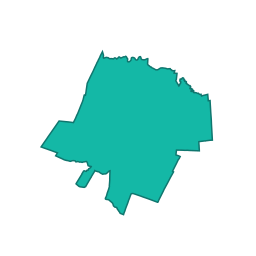 Morteni, Dâmbovita, Romania, rotated 334°
{"feature_id": "2599482B842172523344", "entity_name": "Morteni", "entity_type": "district", "adm_level": 2, "iso_a3": "ROU", "parent_name": "Romania", "parent_adm1": "Dâmbovita", "projection": "natural_earth1", "projection_center": [25.227, 44.65], "detail": "fine", "context": "isolated", "style": "filled", "palette": "teal", "viewbox_px": 256, "rotation_deg": 334, "n_neighbors": 0, "source": "geoboundaries", "source_scale": "gbopen_adm2", "svg_char_len": 5571}
<svg xmlns="http://www.w3.org/2000/svg" viewBox="0 0 256 256"><g transform="rotate(334 128 128)"><path d="M82.1,154.2L82.4,154.5L82.7,154.8L83.3,156.0L83.8,156.9L84.3,157.4L84.6,158.0L85.1,158.5L85.7,158.6L86.1,158.7L88.0,159.5L88.9,159.4L92.3,158.4L92.7,158.4L93.1,158.5L90.9,162.6L89.6,165.1L89.4,165.4L89.0,166.3L88.5,167.3L85.9,171.7L85.9,171.8L85.6,172.5L85.1,173.0L84.2,174.1L83.8,174.4L83.3,175.0L80.8,177.4L79.1,179.4L78.1,180.3L77.4,180.8L76.9,181.2L76.6,181.8L76.7,182.1L76.8,182.3L77.5,182.9L79.1,183.9L81.1,188.5L81.1,190.3L81.0,190.7L80.8,191.5L80.9,191.8L81.4,193.2L82.9,194.4L82.8,194.8L83.1,195.5L82.9,196.0L82.9,196.4L83.1,197.4L83.3,198.9L83.5,199.7L83.5,200.2L83.5,200.9L83.7,201.4L86.0,203.9L87.4,202.4L88.6,201.4L90.6,199.3L95.1,195.1L97.1,193.0L98.1,192.2L100.1,190.2L101.9,188.6L102.4,188.6L103.7,189.0L105.6,190.8L109.9,195.1L111.0,196.3L114.2,199.5L116.9,202.3L122.0,207.7L122.2,207.8L122.9,207.4L123.8,206.5L132.2,200.1L133.7,198.8L134.5,198.3L139.4,194.8L144.8,190.8L149.7,187.4L149.1,186.4L151.8,184.3L155.9,181.2L159.2,178.6L159.5,178.4L160.1,178.2L160.9,177.7L162.4,176.5L161.3,175.2L160.2,174.1L159.3,173.3L159.3,173.2L159.9,172.2L161.9,169.1L162.5,169.4L166.8,171.6L169.3,173.0L172.1,174.3L172.8,174.8L182.1,179.8L182.9,178.0L182.9,177.8L183.2,177.2L184.2,174.8L184.4,174.5L184.4,174.2L185.4,171.9L185.6,171.4L185.9,171.4L191.5,173.3L191.9,173.6L192.3,173.6L196.4,175.0L198.5,175.9L204.8,160.9L206.3,157.5L209.4,149.8L210.0,148.4L213.7,139.5L213.8,139.3L212.1,138.7L214.4,132.7L213.5,132.5L212.4,132.3L209.4,131.6L208.2,131.6L208.1,131.4L208.4,129.7L207.8,129.6L207.5,129.4L207.0,129.0L206.8,128.6L206.6,127.9L206.5,127.6L206.1,127.5L205.7,127.4L205.5,127.2L205.2,126.7L204.8,126.3L204.2,125.8L203.0,125.3L202.6,125.0L202.5,124.8L202.6,124.7L203.4,123.6L203.4,123.4L203.1,123.0L202.7,123.1L202.2,123.4L201.6,123.2L200.8,122.8L200.7,122.5L200.8,122.4L201.3,122.1L201.9,121.9L202.1,122.1L202.5,122.0L202.9,121.8L203.0,121.6L202.9,121.4L202.4,120.5L202.1,120.2L201.4,120.3L201.1,120.1L201.0,119.8L201.1,119.5L201.3,119.4L202.3,118.5L202.4,118.4L202.5,118.1L202.4,117.4L202.2,117.0L201.8,117.0L201.6,116.9L201.4,116.2L201.2,115.8L201.1,115.6L200.8,115.1L200.7,114.6L200.4,114.4L200.3,114.1L199.9,113.5L199.9,113.3L199.9,113.2L200.6,112.5L200.7,112.3L200.7,112.0L200.5,111.5L200.3,111.3L199.7,111.2L199.5,110.9L199.8,110.6L200.0,109.9L199.9,109.8L199.5,109.6L199.4,109.5L199.4,109.4L199.8,109.2L199.7,108.4L199.7,108.2L199.8,107.9L199.8,107.6L199.4,107.0L198.9,106.8L198.4,107.0L197.9,107.5L197.4,107.5L197.1,107.5L197.1,107.2L196.8,107.2L196.7,107.0L196.5,106.9L196.3,106.9L195.6,107.7L195.2,108.7L195.3,109.0L195.5,109.2L195.4,109.3L195.6,109.5L195.6,109.8L195.5,110.0L195.1,110.4L194.9,110.8L194.5,110.9L193.9,111.3L193.4,111.5L193.3,111.8L193.0,112.1L192.7,112.3L192.2,112.5L192.2,112.3L191.9,109.1L191.7,106.4L192.7,105.6L196.0,100.4L193.5,98.9L195.2,96.9L194.3,96.6L193.8,96.4L192.7,95.7L192.7,95.0L192.6,94.8L191.9,94.1L192.0,93.3L191.9,93.1L189.4,92.2L188.5,91.3L187.8,90.7L185.4,89.1L183.8,88.4L183.5,88.4L182.9,88.4L180.3,88.7L180.1,88.6L178.6,88.0L176.8,85.4L176.0,84.6L175.7,83.5L175.6,83.4L175.1,83.2L174.3,81.3L174.0,80.9L173.7,80.1L173.6,79.5L173.6,79.3L173.7,79.0L176.2,74.5L176.2,74.3L175.9,74.2L175.4,74.1L173.5,74.1L172.7,73.9L172.1,73.7L170.3,72.4L170.2,72.1L170.2,71.5L170.5,70.2L170.5,69.7L170.4,69.3L170.3,69.2L170.0,69.1L169.4,69.0L168.6,69.3L167.8,69.8L167.3,70.3L166.5,70.8L165.8,70.8L165.5,70.7L165.2,70.5L164.9,70.0L164.7,69.4L164.7,68.8L164.6,68.1L164.5,67.9L163.6,66.9L163.2,66.6L162.5,66.4L162.0,66.4L161.6,66.7L160.6,68.2L159.6,68.7L158.7,68.9L158.4,69.0L158.1,69.0L157.3,68.7L156.8,68.2L156.8,67.8L157.8,66.1L158.0,65.7L158.0,65.3L157.8,64.7L157.6,64.4L157.8,64.0L157.8,63.6L157.7,63.2L157.5,62.7L157.3,62.5L156.3,62.6L156.1,62.6L155.3,62.1L153.0,62.0L152.4,62.0L152.1,61.9L151.5,60.5L151.1,60.2L150.7,60.2L149.3,60.8L148.3,61.0L148.1,61.0L147.8,60.2L147.1,59.3L146.4,59.1L146.2,59.2L145.5,59.5L145.2,59.5L143.8,58.5L142.2,57.8L141.8,57.5L141.4,57.0L141.0,56.1L140.4,55.7L139.5,55.0L138.6,54.8L137.0,54.7L136.8,54.6L136.7,54.3L136.6,54.1L137.8,52.0L138.0,51.3L138.4,48.8L138.5,48.2L135.0,50.8L133.2,52.4L131.1,53.9L129.8,55.1L129.1,55.4L127.2,57.1L126.5,57.5L125.9,58.2L125.3,58.5L121.5,61.7L117.3,64.9L111.8,69.3L111.0,69.9L107.3,75.3L106.0,77.3L104.1,79.9L103.6,79.4L103.3,79.2L103.1,79.2L100.2,82.7L98.7,84.3L96.1,86.6L90.3,91.9L88.1,93.8L87.9,93.8L85.2,96.2L81.3,99.2L77.7,96.8L69.1,91.5L60.7,96.2L52.2,100.9L50.2,102.1L46.9,103.9L41.6,106.9L43.1,108.5L49.8,115.3L51.2,116.8L53.7,119.4L50.8,121.3L53.4,124.5L55.0,126.4L56.4,128.2L56.8,128.7L58.5,130.2L59.8,131.1L61.1,132.3L61.6,132.7L62.1,132.8L63.3,132.9L64.2,133.2L65.2,133.7L65.6,134.0L66.2,134.6L66.2,134.8L66.2,135.1L66.2,135.4L66.3,135.6L66.6,135.7L67.5,136.0L67.9,136.0L68.3,136.2L68.9,136.7L69.2,137.1L69.5,137.4L70.8,138.0L71.6,138.7L72.1,138.9L72.7,138.9L73.5,139.1L74.2,139.4L75.0,139.6L75.4,139.6L75.7,139.7L76.0,140.0L76.2,140.9L76.1,141.9L75.6,144.4L75.8,144.6L76.5,145.3L76.9,145.6L77.4,146.0L77.9,146.3L78.1,146.5L77.9,146.7L77.5,146.8L76.7,147.2L76.0,147.4L75.1,147.4L74.7,147.5L74.0,148.0L73.9,148.3L73.7,148.4L72.6,148.0L72.3,148.1L71.6,148.7L71.0,148.3L69.9,147.3L69.6,147.2L69.4,147.2L68.9,147.4L67.8,148.2L66.7,148.8L66.4,149.1L66.3,149.3L56.9,155.3L56.8,155.5L58.3,158.9L58.5,159.2L59.1,159.8L62.5,162.1L62.9,162.2L63.6,162.0L64.1,162.2L66.2,160.8L66.3,160.7L72.4,156.6L73.3,156.1L74.0,155.5L79.0,152.3L79.5,151.7L80.1,152.5L80.3,152.8L81.2,153.5L81.8,154.1L82.1,154.2Z" fill="#14b8a6" stroke="#0f766e" stroke-width="1.5"/></g></svg>